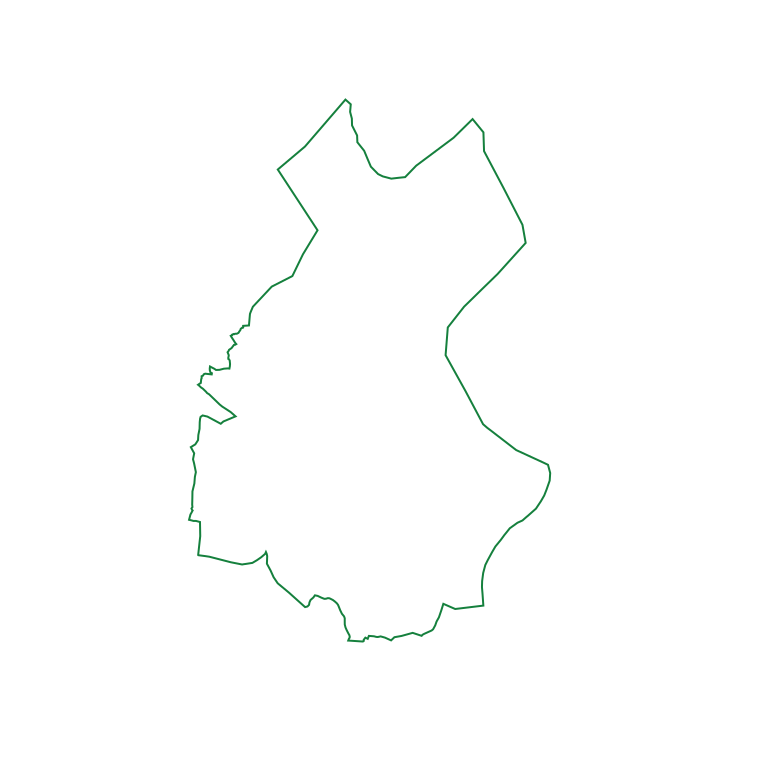 Orumba South, Anambra, Nigeria (Robinson projection), rotated 314°
{"feature_id": "59680162B16963737840115", "entity_name": "Orumba South", "entity_type": "district", "adm_level": 2, "iso_a3": "NGA", "parent_name": "Nigeria", "parent_adm1": "Anambra", "projection": "robinson", "projection_center": [7.202, 6.0], "detail": "fine", "context": "isolated", "style": "outline", "palette": "green", "viewbox_px": 768, "rotation_deg": 314, "n_neighbors": 0, "source": "geoboundaries", "source_scale": "gbopen_adm2", "svg_char_len": 3226}
<svg xmlns="http://www.w3.org/2000/svg" viewBox="0 0 768 768"><g transform="rotate(314 384 384)"><path d="M464.5,158.6L448.4,229.4L421.0,235.6L398.0,243.1L376.1,235.6L348.5,236.0L343.1,238.1L341.3,238.9L332.3,246.2L328.0,242.3L326.9,243.4L326.4,243.4L326.2,242.9L324.2,242.6L323.6,242.9L322.7,243.3L321.3,243.4L320.6,243.6L319.7,243.8L319.1,243.6L317.9,243.2L317.1,242.4L316.7,242.0L315.7,241.6L315.5,241.1L314.0,240.5L313.7,240.8L312.2,240.3L311.4,243.4L311.2,244.5L310.2,248.5L310.1,250.0L308.9,249.7L307.9,248.9L303.9,249.4L301.0,248.8L299.6,249.3L298.2,249.4L296.9,252.3L295.8,253.1L294.8,253.7L293.9,254.6L294.1,255.4L293.7,256.7L291.4,259.4L289.7,260.8L287.7,262.1L286.7,260.8L283.8,258.2L279.9,255.8L277.4,253.4L277.1,251.4L275.7,246.7L274.2,247.8L272.9,249.1L271.7,251.3L272.2,252.7L271.2,253.4L267.2,248.2L265.8,247.6L264.4,248.0L262.9,247.4L261.5,248.8L260.6,249.1L259.4,250.0L257.5,251.5L256.4,251.2L254.3,250.8L254.4,251.5L254.4,254.7L254.8,256.9L254.8,261.2L254.6,263.1L255.1,265.3L255.1,279.9L255.4,283.4L257.3,293.2L257.6,299.7L245.5,294.5L242.0,294.2L237.9,279.6L235.4,275.4L233.0,274.9L231.3,275.8L228.5,278.0L223.6,282.5L218.3,285.9L214.5,289.2L209.5,290.2L204.4,288.9L202.3,295.6L197.2,298.9L195.0,302.5L189.9,309.9L185.8,312.5L180.7,316.7L173.7,320.8L169.0,325.2L163.9,329.9L162.4,331.7L160.7,332.0L160.1,333.4L160.1,334.2L157.7,334.9L155.7,335.4L150.9,338.1L152.3,340.5L153.1,342.0L154.9,343.9L156.9,347.5L146.9,357.5L131.9,369.1L131.9,369.4L135.9,374.8L138.4,378.3L141.7,384.1L149.4,397.7L155.6,407.3L157.1,408.4L158.6,409.6L163.9,413.6L169.0,415.0L174.0,416.0L179.2,416.5L181.1,415.8L180.4,417.5L179.1,419.5L173.4,424.6L171.0,432.1L168.3,438.9L166.8,446.0L167.9,460.6L168.7,482.2L170.8,483.5L173.1,483.5L175.1,482.1L177.6,481.2L181.4,481.5L184.0,481.1L185.5,483.5L186.8,487.4L188.0,490.3L189.2,491.4L191.0,492.4L192.0,493.7L193.1,497.2L193.4,499.6L193.5,502.4L193.2,504.3L192.4,506.2L190.9,509.5L189.5,513.3L189.1,516.7L188.2,518.5L185.6,521.0L183.7,522.9L182.1,525.5L181.0,528.2L179.8,531.7L179.3,533.5L178.4,534.9L177.6,535.5L176.2,535.8L174.6,536.5L183.9,547.5L184.3,547.6L184.4,547.8L185.2,547.9L185.9,547.1L188.6,546.8L189.4,549.3L192.3,548.1L195.6,552.1L196.7,554.1L197.7,555.3L200.1,556.9L202.2,560.8L204.5,567.2L209.1,567.4L214.9,571.6L224.9,577.5L229.0,586.0L230.3,585.9L232.0,586.4L239.8,589.5L241.7,589.7L246.0,588.5L249.7,586.8L254.3,585.6L260.9,582.5L267.1,579.4L271.6,591.5L293.6,609.4L301.7,600.4L306.0,595.5L310.4,591.5L317.0,586.6L324.2,582.6L329.3,581.0L338.0,578.6L344.5,577.0L353.1,576.3L358.9,575.5L362.5,575.2L367.6,574.7L376.9,576.4L382.0,578.4L388.0,578.9L388.4,579.0L399.9,579.9L408.7,578.3L415.1,576.7L420.9,574.3L429.6,570.3L435.4,565.4L439.8,558.1L438.3,553.6L434.0,541.3L428.3,525.0L424.6,491.9L424.2,488.7L423.9,483.2L435.5,447.6L447.5,408.3L469.0,390.6L495.3,387.9L505.2,388.2L519.6,388.6L542.0,389.3L580.9,388.0L583.9,387.9L594.7,373.0L608.0,333.9L621.0,294.2L634.1,280.7L636.1,263.7L609.5,263.0L563.4,255.5L547.5,255.5L542.4,251.2L536.8,246.6L532.5,238.9L530.9,233.9L531.2,223.6L534.4,216.0L538.0,207.7L539.4,196.9L544.1,192.0L547.8,181.4L552.6,176.5L556.2,170.6L562.1,165.8L561.8,158.7L499.9,162.2L464.5,158.6Z" fill="none" stroke="#15803d" stroke-width="2"/></g></svg>